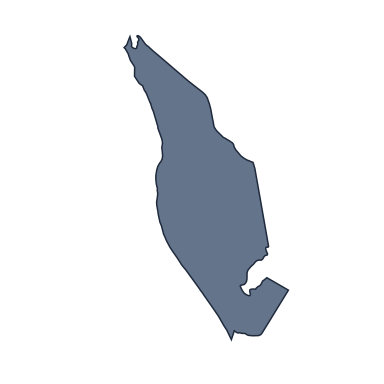 the district of Lukolela, Équateur, Democratic Republic of the Congo, rotated 301°
{"feature_id": "63176286B14204108243102", "entity_name": "Lukolela", "entity_type": "district", "adm_level": 2, "iso_a3": "COD", "parent_name": "Democratic Republic of the Congo", "parent_adm1": "Équateur", "projection": "robinson", "projection_center": [17.176, -1.278], "detail": "fine", "context": "isolated", "style": "filled", "palette": "slate", "viewbox_px": 384, "rotation_deg": 301, "n_neighbors": 0, "source": "geoboundaries", "source_scale": "gbopen_adm2", "svg_char_len": 3462}
<svg xmlns="http://www.w3.org/2000/svg" viewBox="0 0 384 384"><g transform="rotate(301 192 192)"><path d="M293.2,58.8L291.6,59.0L286.7,59.9L284.6,60.3L280.8,59.4L280.4,61.1L277.7,66.0L276.0,67.9L273.0,71.6L270.3,77.3L269.4,78.6L261.6,83.1L257.9,90.8L257.6,94.4L257.6,95.0L256.7,96.1L256.4,96.5L255.0,98.3L254.8,98.6L253.3,101.6L252.8,102.4L246.8,110.3L246.6,111.0L245.7,111.8L243.6,114.1L242.7,115.1L242.6,115.6L242.3,115.8L240.8,117.8L236.2,122.8L230.4,129.1L229.1,130.0L228.9,130.2L227.4,132.0L226.0,133.8L221.9,138.8L220.1,140.5L218.2,141.8L215.9,142.7L215.0,143.0L214.4,143.3L213.1,144.4L207.9,148.2L205.0,149.4L201.6,149.7L200.4,149.4L196.2,149.5L194.1,150.1L193.1,150.3L187.6,152.5L184.5,154.3L180.7,157.1L178.3,159.4L177.9,159.8L177.7,160.0L177.3,160.4L177.0,160.6L176.6,160.8L176.2,161.0L175.8,161.2L175.5,161.3L174.5,162.2L173.5,163.0L173.1,163.4L170.1,164.8L164.8,167.0L163.6,167.9L162.7,168.5L162.1,169.0L158.4,172.2L158.3,172.4L156.7,173.6L155.0,175.0L154.8,175.2L149.6,180.1L147.9,182.4L147.2,183.3L146.8,183.7L143.1,187.5L141.3,189.3L139.3,192.2L139.0,192.6L137.9,194.1L137.4,194.8L137.0,195.4L136.5,196.2L133.2,201.7L131.1,206.1L130.0,208.6L129.5,209.7L127.5,214.2L124.9,219.4L124.4,220.2L124.3,220.5L123.4,222.8L122.0,226.9L121.8,227.3L121.5,228.1L119.9,231.8L118.3,235.6L116.1,240.8L113.0,248.0L112.2,249.6L111.0,252.6L110.4,253.9L109.1,256.6L109.0,256.9L103.8,268.6L103.3,269.7L99.5,278.0L99.1,278.8L93.8,288.3L93.5,288.9L92.3,291.3L91.6,292.8L91.2,293.5L85.7,301.8L93.3,300.1L94.8,299.7L94.6,301.9L94.6,303.2L95.2,304.7L95.7,305.0L95.8,305.2L96.1,305.8L96.4,307.4L97.1,308.6L98.0,310.2L98.0,313.4L98.6,315.2L98.9,315.7L100.1,318.2L103.2,323.0L104.0,323.6L104.8,324.1L105.2,324.4L105.6,324.5L106.1,324.5L106.9,324.7L107.3,324.7L123.0,324.9L126.6,324.9L157.5,325.2L157.1,300.3L154.2,299.3L152.1,298.4L148.2,298.7L147.2,298.5L146.7,298.4L144.7,297.2L142.7,296.6L142.3,296.5L141.9,296.6L141.5,296.6L140.8,295.3L140.0,293.8L139.2,292.9L138.4,292.1L137.6,292.1L136.4,292.8L135.3,293.8L134.6,294.7L133.7,295.0L132.9,294.8L132.3,293.7L132.0,292.0L132.0,290.4L132.2,288.6L132.8,287.3L133.1,286.6L134.0,284.9L134.8,283.8L135.7,282.4L136.2,281.8L136.9,281.7L137.7,282.5L139.8,284.5L141.4,284.8L143.3,284.8L145.6,284.0L147.5,282.9L149.1,282.0L150.9,280.9L153.6,280.2L156.7,280.6L159.5,281.2L161.7,281.9L163.7,282.2L165.4,282.5L166.8,283.1L168.3,284.7L169.2,286.4L170.7,287.1L172.5,287.1L174.3,287.1L175.3,287.6L176.7,288.9L177.8,288.7L179.0,287.1L180.7,284.9L181.8,284.1L182.8,284.1L183.9,285.6L184.9,285.6L197.1,275.0L244.6,233.7L248.8,229.1L247.7,222.1L247.7,219.3L248.1,215.3L249.2,212.3L250.6,208.0L251.4,206.7L251.9,205.4L253.1,204.2L254.0,203.3L254.3,202.8L254.9,201.4L254.9,200.8L255.2,196.7L255.1,196.3L255.0,195.6L255.1,194.3L255.2,193.3L255.0,192.0L254.9,190.9L257.1,181.7L258.2,179.3L258.9,178.0L259.6,177.0L263.3,173.8L266.0,171.3L272.6,165.5L276.5,161.5L278.8,158.7L280.6,156.6L282.1,153.5L283.0,149.7L283.8,143.0L285.3,131.1L290.5,100.4L291.3,95.6L292.8,86.3L294.3,79.0L294.3,78.7L294.2,77.9L294.5,77.1L294.7,76.1L294.9,75.6L295.0,75.2L297.9,68.5L298.2,67.2L298.3,65.5L298.0,64.8L297.6,64.6L297.3,64.5L296.8,65.1L296.2,67.2L295.8,67.4L294.8,68.2L293.4,68.2L292.4,68.2L291.4,68.9L290.7,69.5L290.4,69.5L289.4,69.7L288.8,69.7L288.2,69.8L287.9,70.0L287.1,70.4L286.0,70.0L285.8,69.7L285.6,69.3L285.2,68.1L285.2,67.2L285.2,66.4L285.6,65.2L287.8,64.1L288.2,63.9L290.8,61.3L293.2,58.8Z" fill="#64748b" stroke="#1e293b" stroke-width="1.5"/></g></svg>